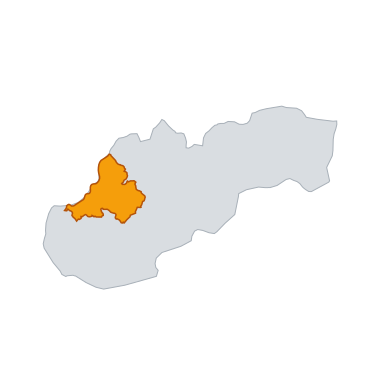 Trenciansky on a map of Slovakia (orthographic projection), rotated 348°
{"feature_id": "SVK-1055", "entity_name": "Trenciansky", "entity_type": "Region", "adm_level": 1, "iso_a3": "SVK", "parent_name": "Slovakia", "parent_adm1": "", "projection": "orthographic", "projection_center": [18.211, 48.911], "detail": "fine", "context": "in_parent", "style": "filled", "palette": "amber", "viewbox_px": 384, "rotation_deg": 348, "n_neighbors": 0, "source": "natural_earth", "source_scale": "10m", "svg_char_len": 6145}
<svg xmlns="http://www.w3.org/2000/svg" viewBox="0 0 384 384"><g transform="rotate(348 192 192)"><path d="M348.3,152.6L347.7,156.1L345.7,160.3L343.1,164.6L341.1,169.8L338.5,180.7L336.7,185.8L328.8,196.0L328.9,209.7L327.8,210.8L308.9,216.4L306.3,215.8L303.6,213.2L302.1,211.4L301.1,210.0L299.3,206.3L297.0,203.7L293.6,201.6L290.6,199.2L286.7,199.3L276.6,203.3L269.4,203.9L264.6,203.0L258.1,201.0L245.7,201.1L237.3,203.3L236.5,206.0L229.2,222.9L217.9,229.4L208.1,236.0L205.2,237.3L200.2,235.4L194.5,231.8L189.8,229.9L186.4,230.8L182.7,235.2L181.1,239.5L169.8,242.8L150.1,244.9L143.3,249.2L141.0,254.3L140.9,258.3L142.6,261.6L140.5,265.5L139.6,267.1L125.7,268.0L107.0,269.2L95.9,268.9L85.4,268.6L78.3,265.2L69.6,258.6L60.5,249.8L59.7,249.6L58.3,248.7L52.5,248.0L51.0,248.4L47.6,245.6L46.6,241.9L41.5,232.2L35.7,216.2L35.7,211.7L38.1,206.5L40.3,202.6L40.7,199.4L40.9,198.6L42.8,192.0L47.3,183.4L51.3,178.4L54.3,176.8L60.2,178.4L70.5,179.7L78.4,178.6L85.7,174.8L89.8,171.4L93.2,167.9L94.3,165.6L95.8,164.4L101.9,162.4L103.8,160.0L104.6,155.5L105.2,150.4L106.4,146.6L108.0,143.9L119.1,137.3L120.1,134.9L121.9,132.7L125.2,130.1L128.3,126.5L131.7,124.2L136.1,124.4L140.1,123.9L143.2,122.6L144.5,122.5L150.3,123.5L151.4,127.7L152.1,132.0L161.9,131.6L167.3,122.2L170.1,121.0L174.7,117.7L177.6,114.8L179.7,116.5L182.8,122.5L186.1,127.3L188.0,129.2L188.2,130.6L190.0,131.5L193.7,132.0L196.1,133.4L196.9,137.9L197.0,141.9L196.0,144.9L195.4,147.5L197.9,148.4L201.6,147.4L204.1,145.9L212.0,149.0L214.5,141.5L217.5,137.6L221.4,135.7L225.0,133.2L228.2,131.5L230.5,131.5L231.4,130.8L234.3,130.9L237.6,131.6L242.0,130.5L248.2,132.2L252.2,135.5L256.0,136.5L260.3,136.2L263.2,134.2L267.2,127.4L270.3,127.4L275.1,126.2L281.9,126.0L297.7,126.7L301.8,129.0L311.7,131.8L316.1,135.3L318.2,139.7L319.3,142.7L329.5,146.9L344.7,152.1L348.3,152.6Z" fill="#d9dde1" stroke="#a8b0b8" stroke-width="1"/><path d="M99.8,163.9L101.6,163.0L103.3,161.5L104.4,159.6L104.8,157.7L104.7,154.0L104.7,153.5L104.9,151.2L105.6,148.5L106.6,145.9L107.9,143.8L109.6,142.2L116.9,139.4L118.9,137.8L119.2,138.1L120.2,138.5L120.2,139.1L120.2,139.3L120.3,139.4L120.3,139.6L123.7,145.2L123.8,145.5L123.9,145.8L123.8,146.0L123.8,146.3L124.1,146.8L124.2,147.0L124.3,147.4L125.0,148.7L125.3,149.1L125.6,149.4L126.9,150.3L127.0,150.3L127.3,150.3L127.5,150.4L128.1,151.1L128.4,151.2L128.6,151.3L128.9,151.4L129.9,152.0L130.2,152.3L130.6,152.9L130.8,153.3L130.8,153.9L130.8,154.2L130.9,154.6L130.9,154.8L131.6,155.8L130.1,157.4L129.9,157.7L130.0,157.8L130.3,157.9L131.1,158.1L131.3,158.3L131.5,158.6L131.7,158.9L131.8,159.0L132.0,159.2L132.1,159.3L132.3,159.5L132.3,159.8L132.2,160.1L132.2,160.3L132.3,160.5L132.2,160.8L132.1,161.0L132.1,161.3L132.3,162.5L132.1,162.9L131.9,163.5L131.1,164.5L130.5,165.3L130.0,165.7L128.3,166.2L128.0,166.4L127.7,166.7L127.2,167.6L126.8,168.0L126.6,168.2L125.0,169.1L125.3,169.8L125.8,170.2L126.8,170.3L127.6,170.6L127.8,170.6L128.2,170.5L129.7,169.7L130.0,169.3L130.2,169.0L130.2,168.9L130.3,168.7L131.1,167.8L131.3,167.9L131.7,168.6L131.8,168.8L132.3,168.8L134.1,168.3L136.4,168.8L137.4,168.9L137.8,169.1L138.0,169.3L139.1,170.7L138.8,171.0L138.7,171.1L138.6,171.3L138.3,171.4L138.3,171.5L138.2,171.6L138.2,171.8L138.1,172.1L137.9,172.3L137.8,172.5L137.9,172.9L138.2,174.1L138.2,174.6L138.2,174.9L138.0,175.4L138.0,175.6L138.0,175.8L138.1,176.2L138.1,176.4L138.1,176.6L138.0,177.2L138.0,177.7L138.2,177.9L138.4,178.2L139.6,179.4L139.8,179.5L140.2,179.6L140.3,179.7L140.5,179.8L140.9,179.9L141.8,180.8L142.1,180.9L142.3,181.1L142.2,181.3L142.1,181.5L142.2,181.8L142.3,182.4L142.5,182.8L142.9,183.4L144.8,185.7L145.0,186.0L145.1,186.8L145.1,187.4L145.0,187.5L144.9,187.7L144.7,188.0L144.1,189.4L143.3,190.6L143.1,190.7L142.9,190.8L142.0,190.9L141.7,191.0L141.5,191.4L140.2,193.9L140.0,194.2L139.2,194.9L139.0,195.1L138.9,195.3L139.0,196.0L139.0,196.3L138.6,196.4L138.3,196.4L135.3,195.6L133.8,197.8L133.0,198.8L132.8,199.1L132.6,199.4L132.5,199.6L132.5,199.8L132.5,200.1L132.5,200.3L132.3,200.9L132.3,201.0L126.8,201.9L126.2,203.3L122.3,205.7L120.5,207.2L119.7,207.7L119.6,207.8L119.5,208.0L119.4,208.1L119.0,207.8L118.6,207.2L118.4,207.2L118.2,207.5L118.1,207.9L117.7,207.9L116.4,207.4L115.7,205.5L115.2,204.3L114.9,204.1L113.9,203.3L113.6,203.0L113.4,202.8L113.1,202.7L112.5,202.8L112.2,202.7L112.1,202.1L111.9,202.0L111.8,201.8L111.6,201.4L111.7,200.9L112.1,200.0L112.6,199.3L112.9,198.5L112.9,198.0L112.5,197.3L111.8,196.7L110.9,196.4L108.5,195.0L108.0,194.4L107.4,193.3L107.1,192.9L105.9,191.6L105.5,191.3L101.5,190.5L101.4,190.3L101.4,190.0L101.4,189.7L101.2,189.4L99.9,189.3L99.5,189.6L99.2,189.9L99.2,190.2L99.2,190.4L99.3,191.0L99.3,191.3L99.4,191.7L99.3,192.2L99.4,192.5L99.5,192.7L99.6,192.8L99.7,193.2L99.9,193.7L99.9,193.8L100.0,193.8L100.1,194.0L100.3,194.2L100.4,194.3L100.5,194.9L100.5,195.3L100.5,195.7L100.4,196.2L100.3,196.5L100.2,196.5L99.9,196.4L99.6,196.4L99.4,196.5L98.3,197.7L93.0,196.5L92.9,196.3L92.7,196.1L92.4,195.7L92.1,195.6L91.8,195.6L91.6,195.6L91.4,195.7L91.1,195.9L90.9,195.8L90.7,195.6L90.2,194.8L89.8,194.4L89.6,194.3L89.4,194.2L89.4,194.3L89.3,194.5L89.4,194.8L89.0,194.9L87.1,195.0L86.1,194.8L85.1,194.3L84.9,194.2L84.2,192.9L83.7,192.3L83.0,191.9L82.0,192.2L80.3,192.9L80.0,193.2L79.8,193.3L79.6,193.3L79.1,193.3L78.9,193.3L78.6,192.9L78.4,192.8L78.3,193.0L78.2,193.5L78.3,193.8L78.2,193.9L78.2,194.0L78.2,194.3L78.1,194.5L77.9,194.8L76.1,195.4L75.3,194.9L75.2,194.9L75.0,195.0L74.8,195.2L74.5,195.4L73.1,196.5L72.0,193.8L71.4,192.9L70.8,192.4L70.6,192.1L70.5,191.9L70.3,190.9L70.1,190.7L69.8,190.4L69.7,190.2L69.8,189.7L70.1,189.1L70.2,188.8L70.3,188.5L70.4,188.4L70.6,188.2L70.7,187.9L70.7,187.4L70.6,186.8L70.3,186.3L69.8,185.7L69.6,185.4L69.4,185.2L69.0,185.1L68.9,185.1L68.7,185.0L68.6,184.9L68.0,184.2L67.4,183.3L67.1,183.0L66.8,182.9L65.9,184.1L65.7,184.3L65.4,184.3L64.7,184.1L63.5,183.6L65.3,182.0L65.9,181.2L66.4,180.0L66.5,179.5L67.6,178.8L68.9,178.5L69.7,178.9L71.3,180.7L73.4,181.0L79.5,178.6L84.0,176.9L85.0,176.1L86.9,172.8L87.8,172.1L89.2,171.8L90.3,172.1L91.4,172.0L92.4,171.0L92.9,169.9L93.3,167.3L93.6,166.0L94.4,164.6L95.5,163.8L96.9,163.6L99.8,163.9Z" fill="#f59e0b" stroke="#b45309" stroke-width="1.5"/></g></svg>